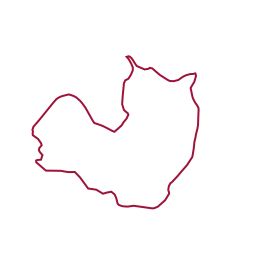 Shibin al-Kum, Al Minufiyah, Egypt (orthographic projection), rotated 219°
{"feature_id": "37247803B46387157880741", "entity_name": "Shibin al-Kum", "entity_type": "district", "adm_level": 2, "iso_a3": "EGY", "parent_name": "Egypt", "parent_adm1": "Al Minufiyah", "projection": "orthographic", "projection_center": [31.014, 30.556], "detail": "fine", "context": "isolated", "style": "outline", "palette": "rose", "viewbox_px": 256, "rotation_deg": 219, "n_neighbors": 0, "source": "geoboundaries", "source_scale": "gbopen_adm2", "svg_char_len": 1825}
<svg xmlns="http://www.w3.org/2000/svg" viewBox="0 0 256 256"><g transform="rotate(219 128 128)"><path d="M184.2,60.2L184.3,56.4L183.1,54.5L181.9,54.1L181.2,53.8L177.4,53.1L175.7,48.6L178.3,46.1L178.9,44.9L178.3,44.2L177.7,43.6L165.0,43.2L161.1,46.3L153.3,52.4L146.9,56.0L144.8,57.7L141.7,60.3L134.1,59.4L120.9,55.9L113.8,60.1L106.1,61.2L103.5,64.9L100.8,68.0L96.4,67.9L92.7,65.9L89.0,63.1L88.3,62.6L86.4,62.5L83.2,63.7L81.3,64.9L78.7,66.8L74.7,71.1L58.6,80.8L57.3,82.0L56.6,83.2L55.3,85.7L53.7,95.2L54.2,99.0L54.7,102.8L55.5,103.7L57.6,105.1L57.9,105.5L58.0,105.7L58.2,105.9L59.7,108.7L60.3,111.8L59.8,113.4L59.2,121.9L59.1,127.6L58.9,132.7L58.8,136.5L59.8,146.0L63.4,152.4L65.8,156.3L67.1,158.1L67.6,158.9L69.4,162.7L71.2,165.9L73.6,171.1L75.4,174.3L82.7,184.0L84.3,186.2L85.8,187.9L88.9,189.2L91.4,189.9L93.3,190.6L96.4,192.0L98.9,193.9L104.5,198.5L105.0,201.7L105.5,205.5L107.9,211.3L110.0,212.8L111.7,210.7L113.7,208.9L116.3,205.2L117.7,202.0L119.1,197.0L121.8,193.3L125.0,190.9L126.6,190.5L127.6,190.3L136.5,189.3L141.5,189.4L146.6,189.6L149.0,188.4L149.2,187.1L151.9,184.0L160.2,181.7L162.7,182.4L169.0,184.5L171.5,184.6L172.8,184.0L173.8,182.4L170.9,182.0L165.9,180.0L162.2,178.0L160.4,175.4L159.2,170.9L158.7,166.5L160.1,163.4L159.5,160.8L158.9,159.5L157.1,156.9L152.9,150.5L149.8,146.0L147.4,142.7L142.4,139.4L138.6,139.3L137.4,139.3L136.1,138.6L135.8,137.4L135.0,134.2L135.1,129.7L134.6,125.9L135.4,120.9L136.2,116.5L138.1,115.9L143.8,114.8L148.4,113.8L148.7,113.7L148.9,113.7L154.1,111.9L157.3,110.7L159.8,111.4L173.6,116.9L178.6,118.3L182.4,119.0L187.5,119.2L190.6,118.6L195.1,116.9L198.4,112.5L199.4,111.1L200.4,109.4L201.8,105.7L202.0,100.0L202.0,78.4L202.2,72.1L202.3,69.6L201.1,66.4L199.9,65.7L198.7,63.8L197.4,62.5L191.1,62.9L186.0,61.5L184.2,60.2Z" fill="none" stroke="#9f1239" stroke-width="2"/></g></svg>